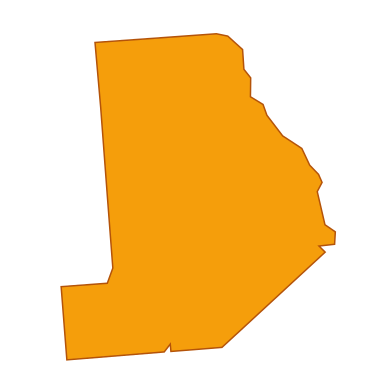 outline of Monroe, Georgia, United States of America, rotated 355°
{"feature_id": "52423323B60708151075896", "entity_name": "Monroe", "entity_type": "district", "adm_level": 2, "iso_a3": "USA", "parent_name": "United States of America", "parent_adm1": "Georgia", "projection": "equal_earth", "projection_center": [-83.869, 33.025], "detail": "fine", "context": "isolated", "style": "filled", "palette": "amber", "viewbox_px": 384, "rotation_deg": 355, "n_neighbors": 0, "source": "geoboundaries", "source_scale": "gbopen_adm2", "svg_char_len": 579}
<svg xmlns="http://www.w3.org/2000/svg" viewBox="0 0 384 384"><g transform="rotate(355 192 192)"><path d="M108.4,34.6L108.4,99.4L107.3,189.0L106.5,260.9L99.7,275.5L53.4,274.9L52.7,348.3L150.4,348.9L157.1,341.6L157.1,349.0L179.5,349.2L208.3,349.4L221.1,339.5L227.1,334.9L319.4,263.5L313.8,256.9L329.5,256.5L331.3,244.2L321.6,236.2L316.8,202.5L322.4,193.8L319.6,185.5L311.6,175.6L305.2,158.2L287.2,144.0L273.3,122.1L270.4,111.0L258.5,102.2L259.0,97.5L260.4,83.4L254.4,74.3L254.8,54.5L241.2,39.8L230.1,36.5L108.4,34.6Z" fill="#f59e0b" stroke="#b45309" stroke-width="1.5"/></g></svg>